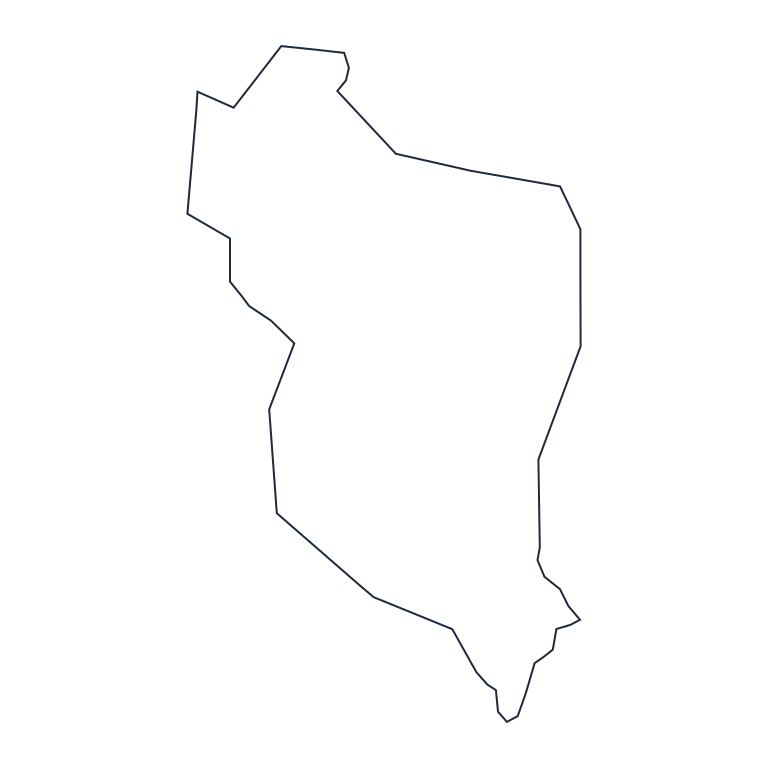 Barro Duro, Piauí, Brazil (Equal Earth projection)
{"feature_id": "56859067B99365487632822", "entity_name": "Barro Duro", "entity_type": "district", "adm_level": 2, "iso_a3": "BRA", "parent_name": "Brazil", "parent_adm1": "Piauí", "projection": "equal_earth", "projection_center": [-42.496, -5.81], "detail": "fine", "context": "isolated", "style": "outline", "palette": "slate", "viewbox_px": 768, "rotation_deg": 0, "n_neighbors": 0, "source": "geoboundaries", "source_scale": "gbopen_adm2", "svg_char_len": 695}
<svg xmlns="http://www.w3.org/2000/svg" viewBox="0 0 768 768"><path d="M344.2,52.9L315.9,49.7L281.3,46.1L233.6,107.7L197.5,91.7L196.3,110.9L187.4,213.8L230.0,238.5L230.0,281.7L241.1,295.3L249.1,306.0L271.2,320.8L294.3,343.4L269.2,409.4L276.8,513.2L359.9,585.5L373.7,597.2L452.3,629.2L476.4,672.2L487.4,684.6L495.9,690.1L498.0,711.7L506.9,721.9L517.7,716.1L526.0,692.6L534.6,663.2L544.3,656.4L552.8,649.6L556.4,629.0L570.3,624.9L580.0,619.8L568.5,606.2L560.0,589.2L544.5,576.8L537.5,560.1L539.8,547.4L538.4,459.6L580.6,346.3L580.4,264.7L580.4,229.3L570.7,208.7L560.0,186.4L470.8,170.8L395.9,153.8L337.3,91.0L346.0,80.3L348.9,67.9L344.2,52.9Z" fill="none" stroke="#1e293b" stroke-width="2"/></svg>